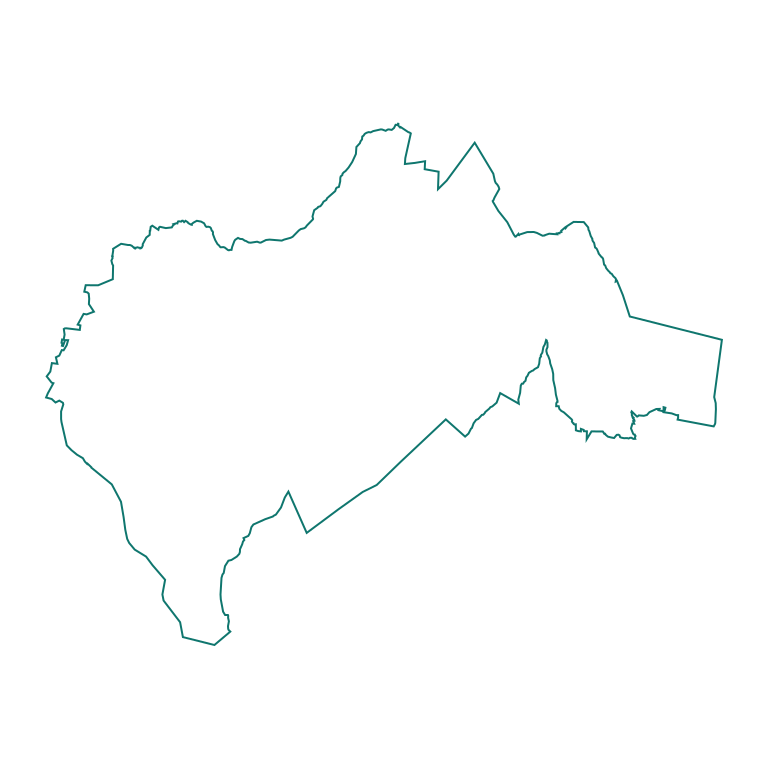 the district of Calpulalpan, Tlaxcala, Mexico
{"feature_id": "50627088B29705305606348", "entity_name": "Calpulalpan", "entity_type": "district", "adm_level": 2, "iso_a3": "MEX", "parent_name": "Mexico", "parent_adm1": "Tlaxcala", "projection": "natural_earth1", "projection_center": [-98.554, 19.552], "detail": "fine", "context": "isolated", "style": "outline", "palette": "teal", "viewbox_px": 768, "rotation_deg": 0, "n_neighbors": 0, "source": "geoboundaries", "source_scale": "gbopen_adm2", "svg_char_len": 6071}
<svg xmlns="http://www.w3.org/2000/svg" viewBox="0 0 768 768"><path d="M474.7,142.7L446.7,180.6L438.0,189.2L438.6,171.7L424.7,169.2L425.1,161.2L415.0,162.9L404.9,164.0L405.3,158.1L410.8,133.4L409.5,132.5L408.4,132.2L400.6,127.0L400.1,127.5L398.3,125.6L398.4,123.0L397.3,125.0L395.6,124.8L394.0,128.0L391.7,129.9L388.8,129.4L387.6,129.6L385.7,130.8L382.1,129.5L380.8,129.4L373.2,131.1L370.6,132.4L368.7,132.1L366.5,132.8L364.7,133.9L363.5,135.7L362.3,136.5L362.0,139.4L360.5,141.4L359.9,143.2L356.4,147.0L355.9,154.0L352.2,162.0L348.6,167.5L345.6,171.0L343.8,172.3L342.6,173.6L342.3,175.1L340.7,176.4L340.3,178.0L340.2,181.4L338.9,186.9L336.9,187.6L336.1,188.4L335.2,191.1L327.2,198.1L326.3,199.9L323.5,201.7L322.2,204.0L320.4,206.2L318.2,206.9L317.6,207.8L314.2,210.2L312.5,216.5L313.1,218.9L312.9,219.4L306.9,225.5L305.5,227.4L304.0,228.3L300.7,229.1L298.9,230.4L292.6,236.8L290.6,237.8L284.1,239.6L281.8,240.6L269.6,239.6L266.0,240.0L260.8,242.6L259.7,242.6L257.1,241.7L250.7,242.7L248.6,242.5L245.8,240.9L244.8,240.7L242.5,239.1L240.0,238.9L238.0,237.9L235.2,239.8L234.3,241.2L232.2,246.8L231.5,249.9L230.5,249.8L228.9,250.3L227.9,250.0L224.7,247.5L223.4,247.1L220.7,247.3L220.0,246.8L219.2,245.6L217.5,244.1L215.2,240.1L212.9,234.1L213.0,232.3L212.6,231.3L211.8,230.7L210.8,228.0L210.0,227.2L208.4,226.7L206.4,226.9L205.5,226.0L204.1,223.3L201.1,221.6L196.8,220.8L193.5,222.6L191.9,223.9L191.8,224.8L190.7,224.5L188.3,223.1L187.6,222.1L185.5,220.8L184.1,222.1L182.8,220.7L181.9,220.8L181.2,221.6L178.9,221.3L178.0,221.5L177.4,223.4L176.7,223.2L173.5,224.1L174.0,224.6L173.2,225.1L171.8,227.4L165.8,228.1L160.0,226.8L159.0,227.5L158.4,229.8L152.3,225.7L150.7,226.8L150.2,230.7L149.8,230.8L149.7,234.9L146.3,237.5L142.7,244.2L142.8,245.4L141.9,247.5L141.1,248.2L140.7,248.3L140.8,247.8L139.0,247.8L137.6,247.3L135.9,247.7L135.4,248.5L135.0,248.5L134.3,248.1L134.4,247.6L133.4,247.2L131.7,245.7L129.9,245.0L128.0,245.0L121.1,243.8L113.1,248.8L113.2,250.6L112.5,255.1L112.7,256.1L112.1,256.3L112.6,258.0L111.4,260.6L112.3,264.1L113.1,265.5L112.8,279.2L98.1,285.3L85.7,285.2L84.3,291.7L87.4,292.4L88.7,293.6L89.2,298.7L88.9,304.1L93.9,311.7L86.7,314.4L83.6,313.9L77.7,324.6L80.4,325.4L79.8,329.9L66.4,328.3L64.8,328.4L63.8,329.0L64.6,334.6L63.7,339.5L63.5,339.8L62.1,339.5L61.5,342.8L62.5,343.3L61.9,345.7L63.0,346.0L65.1,340.1L68.1,340.2L66.7,345.2L63.6,350.3L61.8,350.1L59.3,355.6L55.9,357.3L57.4,363.8L51.9,363.1L50.3,371.6L46.7,376.4L51.6,382.6L53.4,383.2L47.8,393.4L46.1,397.5L51.7,399.0L55.5,402.5L59.3,400.6L62.9,402.8L63.3,404.4L61.1,411.4L61.1,419.1L61.5,422.1L66.8,445.4L71.5,450.2L77.0,454.7L82.9,458.2L84.9,461.6L87.2,464.0L87.5,463.6L91.3,467.2L91.3,467.6L111.8,484.4L121.0,501.8L123.6,517.1L125.3,529.8L127.2,538.9L129.2,543.0L134.7,549.6L146.1,556.6L152.6,565.3L165.1,579.8L162.4,594.5L163.6,600.6L180.1,622.2L182.9,637.1L214.4,645.0L230.3,631.6L228.6,629.9L228.2,628.9L228.0,626.2L228.9,621.3L228.1,617.8L228.2,615.8L227.9,615.0L225.1,615.0L223.1,611.7L220.8,599.4L220.5,594.5L221.5,577.9L222.5,574.5L223.7,573.0L225.0,566.1L228.4,560.7L231.4,560.0L236.8,556.6L239.3,553.9L239.9,552.0L240.0,549.2L242.2,544.3L243.0,541.5L244.3,540.0L243.5,538.1L248.3,535.9L249.8,533.2L251.4,527.2L253.4,524.5L265.2,519.2L272.9,516.5L273.6,515.8L275.9,514.6L281.0,507.5L284.8,497.5L288.4,491.6L306.7,532.9L338.3,509.4L362.8,491.9L376.7,485.0L400.8,461.7L445.8,419.4L465.1,436.6L468.5,433.6L471.0,428.7L471.9,428.0L473.6,423.3L476.1,419.9L478.3,418.9L481.9,414.9L483.3,414.7L484.8,413.0L485.2,412.1L489.3,408.6L490.4,407.2L492.3,406.4L496.6,402.7L500.2,393.1L518.8,403.7L518.3,399.6L520.1,392.9L520.8,385.5L521.8,383.7L523.2,383.6L523.9,382.2L525.5,380.8L526.2,377.4L527.5,375.8L528.9,372.8L531.9,370.9L533.1,370.5L534.6,369.1L538.0,367.2L539.2,363.7L539.8,358.2L541.0,356.4L540.7,355.8L541.0,354.7L542.3,352.7L543.4,347.0L544.9,344.3L546.1,340.0L546.8,340.5L546.9,341.8L547.4,342.5L547.5,344.2L547.5,347.1L546.4,349.7L546.4,351.3L547.2,354.4L548.2,356.0L549.8,360.3L550.2,363.4L552.2,369.2L553.2,373.9L553.3,380.1L555.1,388.2L555.9,394.6L557.5,400.9L557.5,401.9L557.0,402.0L556.3,403.2L556.2,406.2L558.7,406.2L559.3,408.8L561.3,410.9L563.8,412.3L571.6,419.3L572.2,420.2L571.9,421.6L572.9,423.0L573.5,423.2L573.7,424.0L574.5,424.5L575.8,424.3L575.9,430.3L578.3,431.1L580.9,431.4L580.9,428.9L583.7,429.9L583.9,431.2L586.9,431.3L586.7,439.3L591.5,431.4L602.8,431.5L604.2,433.6L604.9,432.8L604.8,433.2L605.9,435.0L608.0,436.7L611.3,437.5L614.1,438.0L616.7,434.9L618.4,434.7L619.5,435.3L620.2,437.2L621.5,437.7L624.0,438.2L627.3,438.1L628.7,438.5L630.0,437.8L631.7,437.8L632.5,438.5L633.6,438.9L635.2,438.8L634.8,437.9L635.5,436.1L635.1,435.9L634.8,434.6L633.6,434.4L633.0,433.4L631.0,428.4L632.4,423.6L634.2,423.7L633.2,421.1L634.5,420.8L634.2,419.7L633.3,418.8L633.6,418.1L633.0,418.0L633.1,417.3L632.4,416.9L632.5,416.3L631.9,415.6L631.8,413.2L631.3,412.3L631.7,411.4L636.9,416.5L637.5,416.5L638.8,415.4L643.8,415.8L646.9,415.0L649.4,412.2L656.3,409.0L659.4,408.9L658.6,410.2L663.0,411.2L663.6,409.5L663.6,407.2L665.4,407.7L664.9,410.0L663.7,412.2L671.7,413.4L676.3,415.1L678.1,415.1L678.1,417.6L677.6,419.6L713.7,426.4L715.1,423.8L715.3,422.7L715.9,409.2L715.7,403.1L714.2,397.1L721.9,339.8L629.8,316.5L622.9,295.2L617.0,280.8L615.7,281.5L616.0,279.2L615.4,278.1L613.4,276.3L611.7,273.8L610.4,273.2L609.7,272.1L608.3,270.8L606.2,268.2L605.2,265.5L604.1,264.6L603.1,258.9L602.3,257.5L601.7,257.3L598.6,253.5L598.6,253.0L597.0,249.3L596.3,248.3L595.1,247.5L594.1,242.9L592.8,241.1L592.3,239.8L592.4,239.0L590.7,235.9L589.3,231.2L588.5,229.8L588.2,227.4L583.8,222.1L573.6,221.9L566.0,226.8L566.3,227.3L565.4,228.4L564.8,227.7L561.2,230.8L561.5,232.0L559.1,232.9L559.2,233.3L556.9,233.4L557.2,234.3L549.2,233.7L544.8,235.2L544.6,235.5L542.5,235.7L536.9,232.9L533.8,232.0L527.2,232.1L519.1,234.7L519.0,235.1L518.5,235.0L518.3,234.0L515.7,236.7L515.3,236.7L513.8,234.7L507.3,222.2L498.4,211.0L492.9,201.7L492.7,201.0L493.4,200.3L494.5,197.6L499.3,189.0L498.6,186.7L497.3,184.6L495.7,182.9L494.9,181.0L493.3,173.7L474.7,142.7Z" fill="none" stroke="#0f766e" stroke-width="2"/></svg>